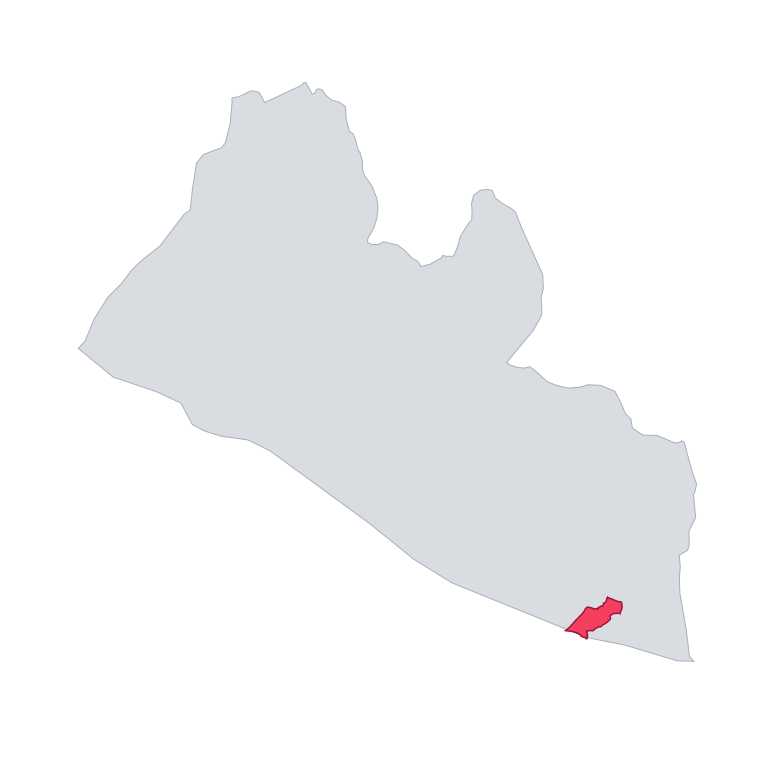 location of Barclayville, Grand Kru, Liberia, rotated 354°
{"feature_id": "62588387B34130334496008", "entity_name": "Barclayville", "entity_type": "district", "adm_level": 2, "iso_a3": "LBR", "parent_name": "Liberia", "parent_adm1": "Grand Kru", "projection": "mercator", "projection_center": [-8.19, 4.713], "detail": "fine", "context": "in_parent", "style": "filled", "palette": "rose", "viewbox_px": 768, "rotation_deg": 354, "n_neighbors": 0, "source": "geoboundaries", "source_scale": "gbopen_adm2", "svg_char_len": 4748}
<svg xmlns="http://www.w3.org/2000/svg" viewBox="0 0 768 768"><g transform="rotate(354 384 384)"><path d="M83.6,316.6L91.3,310.0L102.7,288.9L118.7,268.5L133.5,256.5L145.3,244.0L157.8,234.5L175.6,223.4L203.0,194.2L209.4,190.8L213.8,170.6L220.6,144.8L228.5,136.8L247.1,132.0L251.5,127.5L258.1,109.3L262.3,88.2L262.7,83.6L270.0,83.0L282.5,78.5L289.8,80.5L293.0,86.6L294.7,91.7L332.7,78.5L336.0,75.8L338.0,76.3L342.8,88.2L345.5,87.5L347.8,84.0L350.3,83.7L353.3,85.3L356.3,90.8L361.1,95.8L369.3,99.3L374.6,104.1L374.0,116.9L376.0,129.2L379.6,132.1L381.5,139.5L382.4,147.6L384.4,151.8L385.8,160.0L385.1,168.8L386.5,175.0L392.6,185.6L396.4,199.0L396.4,208.5L394.2,218.5L390.2,227.6L383.1,237.6L382.5,241.5L386.7,244.1L393.1,244.6L398.4,242.6L411.9,247.1L418.9,253.7L425.1,261.8L430.6,265.9L433.2,271.0L442.7,269.6L453.8,264.7L456.1,262.3L459.4,263.6L466.5,264.1L471.5,255.2L475.5,245.0L484.1,234.0L488.4,229.7L489.5,222.7L489.9,213.6L493.0,205.6L500.1,201.3L507.8,201.4L512.0,203.0L514.1,210.6L520.3,216.5L525.5,220.5L528.3,222.2L532.7,226.7L536.9,242.1L553.3,291.9L552.4,305.6L549.2,314.6L549.1,323.4L548.0,332.1L538.0,346.3L508.4,375.3L510.7,377.9L517.7,381.2L524.9,382.9L530.8,382.0L538.2,389.2L546.2,398.4L554.6,403.1L566.8,407.3L577.5,407.7L586.6,406.1L599.3,407.9L612.9,415.5L617.8,428.0L621.0,438.8L625.8,444.3L626.4,453.7L636.1,461.9L649.9,463.6L667.7,473.3L672.3,472.8L674.3,471.6L676.5,473.4L680.9,501.3L684.4,516.1L682.6,522.1L680.2,526.8L680.0,549.3L671.9,562.3L670.6,576.5L668.4,581.1L659.7,585.2L659.6,596.1L657.3,609.2L656.4,623.2L658.9,659.8L659.3,687.1L663.2,692.2L646.4,689.9L596.9,669.1L558.8,657.2L431.0,589.0L395.5,561.6L354.6,520.8L263.7,438.6L242.9,425.4L216.8,419.0L200.6,412.0L189.2,404.4L179.9,381.6L157.1,368.0L115.2,348.7L83.6,316.6Z" fill="#d9dde1" stroke="#a8b0b8" stroke-width="1"/><path d="M538.7,648.3L539.0,648.4L540.0,648.6L540.6,648.7L541.5,648.9L542.4,649.1L543.1,649.3L544.1,649.5L544.7,649.6L545.3,649.8L545.8,650.0L546.1,650.1L546.6,650.3L546.8,650.4L546.9,650.6L547.3,650.6L548.1,650.9L548.7,651.1L549.2,651.3L549.7,651.6L549.9,651.9L550.0,651.9L550.4,652.0L550.7,652.2L551.1,652.5L551.5,652.8L551.6,653.0L551.9,653.3L552.4,653.4L552.7,653.6L552.9,653.9L553.3,654.1L553.4,654.4L553.7,654.7L553.7,655.1L553.7,655.4L553.7,655.6L553.9,655.7L554.3,655.9L555.0,656.2L555.4,656.4L556.1,656.7L556.8,656.9L557.3,657.0L557.6,657.3L557.8,657.6L558.0,657.9L558.0,658.1L558.4,658.3L558.8,658.6L559.2,658.8L559.2,659.0L559.3,658.7L559.4,658.1L559.6,657.5L559.6,657.3L559.7,656.9L559.9,656.4L560.1,656.1L560.0,653.3L560.0,653.1L560.0,652.9L559.8,652.6L559.7,652.3L559.9,651.9L559.7,651.6L559.5,651.1L559.6,650.8L559.9,650.8L560.4,650.9L560.9,650.9L561.5,650.8L562.0,650.7L562.4,650.8L562.7,650.8L563.4,650.8L564.0,650.8L564.7,651.0L565.2,651.2L565.9,651.1L566.2,651.1L566.4,651.1L566.9,650.7L567.7,649.9L568.2,649.4L569.0,649.2L569.6,649.1L570.4,648.7L571.4,648.2L572.1,648.0L573.0,648.1L573.6,648.1L574.1,647.9L574.8,647.7L575.4,647.4L575.5,647.3L575.8,646.8L576.4,646.3L577.2,646.1L578.6,645.6L579.2,645.2L579.7,645.0L580.6,644.5L582.8,643.0L583.8,642.2L584.2,641.8L584.4,641.6L584.8,641.0L584.8,640.6L584.7,640.0L584.5,639.3L584.5,638.7L584.8,638.0L584.9,637.9L585.3,637.6L585.7,637.4L586.3,637.3L586.8,637.0L587.6,636.5L587.9,636.3L590.4,636.4L591.4,636.4L591.7,636.5L592.9,636.5L593.9,636.6L594.2,636.6L594.6,636.8L594.7,637.0L594.9,636.5L595.3,635.6L595.7,634.8L596.1,634.1L596.6,633.3L596.7,632.9L597.0,632.2L597.3,631.4L597.5,630.4L597.5,630.2L597.5,628.8L597.5,627.5L597.5,626.5L597.4,626.1L597.4,625.9L597.1,625.7L596.6,625.5L596.0,625.2L595.3,625.0L594.8,624.9L594.3,624.8L593.5,624.5L593.2,624.5L592.4,624.0L591.1,623.3L590.5,623.0L590.0,622.8L589.0,622.2L587.6,621.4L586.2,620.7L585.9,620.5L585.3,620.3L584.3,619.7L583.9,619.3L583.5,620.0L583.1,621.0L582.7,621.9L582.2,623.6L581.7,623.9L581.6,624.2L581.2,624.5L580.7,624.7L580.4,624.8L579.8,624.9L579.3,625.0L579.2,625.4L579.2,625.8L579.0,626.5L578.8,627.5L578.5,627.8L578.2,627.8L577.6,627.6L577.0,627.4L576.1,627.8L575.7,628.0L575.1,628.3L574.5,628.5L574.0,628.6L573.8,629.0L573.7,629.4L573.4,629.4L573.1,629.5L573.3,629.8L573.2,630.1L572.9,630.0L572.6,629.7L572.0,629.5L571.6,629.6L570.9,629.8L570.7,629.8L570.3,629.7L569.7,629.6L569.3,629.6L569.0,629.4L567.9,628.8L566.8,628.3L565.9,627.9L565.1,627.7L564.1,627.4L563.4,627.2L562.5,627.3L561.9,627.7L561.2,628.3L560.3,629.2L560.2,629.8L559.7,630.5L558.7,631.5L558.0,632.3L557.3,633.1L556.8,633.5L556.4,633.8L556.0,634.1L555.3,634.8L553.7,636.0L553.2,636.5L552.4,637.2L551.9,637.6L551.6,637.8L550.1,639.0L549.4,639.6L548.5,640.4L548.0,640.9L547.7,641.3L547.1,641.8L546.0,642.8L545.2,643.4L543.7,644.9L542.0,646.1L540.7,647.0L539.5,647.8L538.7,648.3Z" fill="#f43f5e" stroke="#9f1239" stroke-width="1.5"/></g></svg>